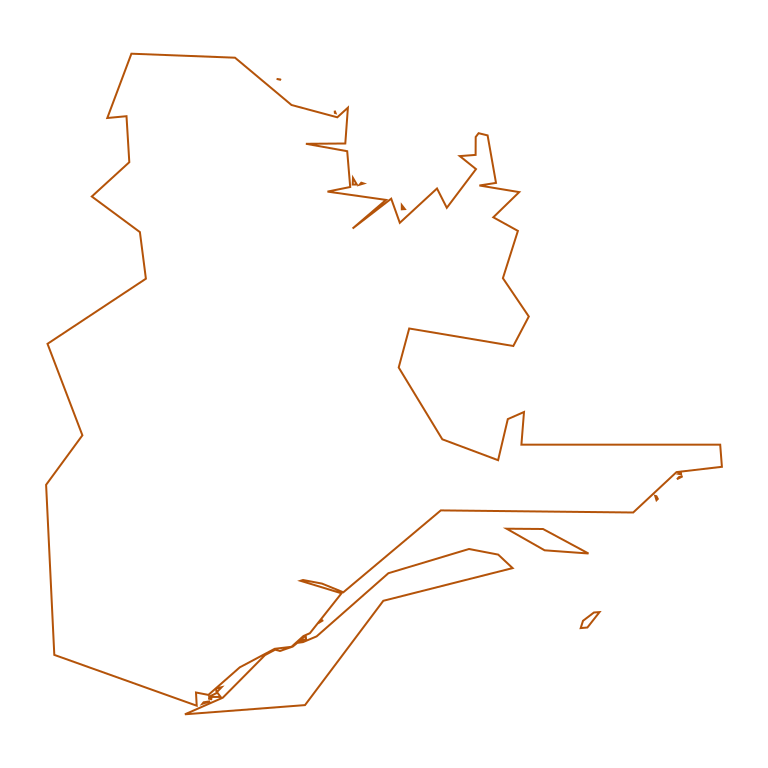 the Province of Québec
{"feature_id": "CAN-683", "entity_name": "Québec", "entity_type": "Province", "adm_level": 1, "iso_a3": "CAN", "parent_name": "Canada", "parent_adm1": "", "projection": "robinson", "projection_center": [-69.443, 53.796], "detail": "medium", "context": "isolated", "style": "outline", "palette": "amber", "viewbox_px": 768, "rotation_deg": 0, "n_neighbors": 0, "source": "natural_earth", "source_scale": "10m", "svg_char_len": 1932}
<svg xmlns="http://www.w3.org/2000/svg" viewBox="0 0 768 768"><path d="M46.1,484.8L82.4,435.3L47.5,343.8L145.9,278.7L139.9,232.1L91.8,196.5L129.3,162.2L126.5,116.2L107.3,118.0L131.4,53.7L235.0,57.7L291.5,105.0L337.3,117.3L347.9,107.7L345.3,143.5L305.9,143.8L347.2,151.2L350.2,187.0L327.5,191.6L386.0,199.9L352.6,228.5L391.2,198.7L399.8,222.8L437.0,188.5L446.8,207.8L476.0,169.1L459.8,156.1L475.6,154.9L475.7,137.0L478.6,133.2L487.6,135.4L496.0,182.9L479.4,185.5L519.2,192.1L493.3,217.3L517.9,230.9L502.9,278.2L528.8,316.5L513.3,346.0L409.2,328.5L398.7,367.5L442.3,439.3L498.1,460.2L507.8,419.1L524.0,412.0L521.4,444.7L720.2,444.7L721.9,466.8L676.5,472.1L633.2,512.5L440.8,510.4L343.3,592.3L322.0,583.6L303.0,580.0L300.5,580.8L341.5,593.3L309.9,633.2L303.5,636.0L291.5,646.8L274.7,648.8L239.8,667.3L208.4,694.9L196.0,692.5L196.7,705.7L54.3,654.9L46.1,484.8ZM305.0,705.1L184.9,714.3L222.8,697.7L265.0,655.1L275.1,649.7L279.9,651.0L292.7,646.6L297.2,642.9L303.0,642.1L316.6,636.4L388.4,573.2L469.0,549.0L498.2,554.6L512.6,568.1L383.3,600.8L305.0,705.1ZM506.6,528.7L543.0,529.0L588.5,553.5L544.6,550.3L506.6,528.7ZM217.4,692.7L220.6,696.9L208.5,697.0L217.4,692.7ZM353.0,178.0L356.8,184.5L352.7,184.5L353.0,178.0ZM599.5,612.1L587.4,627.5L580.7,628.1L583.0,620.8L593.9,612.5L599.5,612.1ZM305.7,635.8L306.1,639.2L298.3,641.5L305.7,635.8ZM216.6,692.4L216.0,688.5L221.6,687.2L216.6,692.4ZM401.8,205.2L404.8,209.1L401.8,209.3L401.8,205.2ZM203.6,702.3L210.1,701.3L202.4,703.8L203.6,702.3ZM679.1,477.0L682.6,476.3L677.0,479.2L679.1,477.0ZM680.8,472.1L681.1,474.3L678.4,473.8L680.8,472.1ZM334.7,110.7L335.6,113.1L334.9,112.9L334.7,110.7ZM361.3,182.7L363.7,183.5L359.6,184.7L361.3,182.7ZM656.5,500.2L655.2,495.9L656.4,496.2L657.8,498.9L656.5,500.2ZM276.6,78.9L280.4,79.5L280.9,79.9L276.6,78.9ZM210.3,698.3L212.1,699.4L208.2,698.5L210.3,698.3ZM320.1,621.1L323.2,620.2L319.8,622.2L320.1,621.1Z" fill="none" stroke="#b45309" stroke-width="2"/></svg>